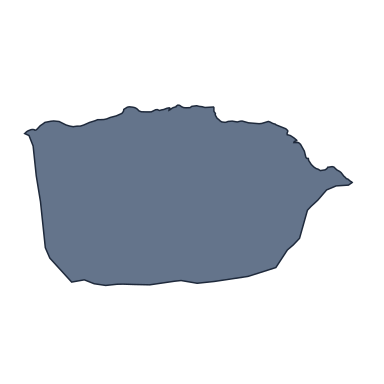 the district of South Tanna, Tafea, Vanuatu, rotated 264°
{"feature_id": "77236927B47218530990891", "entity_name": "South Tanna", "entity_type": "district", "adm_level": 2, "iso_a3": "VUT", "parent_name": "Vanuatu", "parent_adm1": "Tafea", "projection": "orthographic", "projection_center": [169.459, -19.612], "detail": "fine", "context": "isolated", "style": "filled", "palette": "slate", "viewbox_px": 384, "rotation_deg": 264, "n_neighbors": 0, "source": "geoboundaries", "source_scale": "gbopen_adm2", "svg_char_len": 2566}
<svg xmlns="http://www.w3.org/2000/svg" viewBox="0 0 384 384"><g transform="rotate(264 192 192)"><path d="M184.7,352.3L185.4,351.8L186.0,350.8L188.6,348.3L189.1,346.9L190.4,346.1L191.7,344.8L195.7,342.3L197.1,340.9L197.9,339.7L198.9,338.3L202.0,335.7L202.6,334.0L202.4,330.1L202.5,329.8L202.3,329.7L200.9,328.2L200.1,326.6L199.9,322.1L199.9,321.8L201.4,320.0L202.4,317.8L204.2,315.7L206.9,313.5L211.2,311.3L213.2,311.2L213.4,310.5L213.3,310.0L213.5,309.6L214.5,308.9L220.9,308.0L228.1,304.9L230.0,303.1L230.5,298.5L231.5,299.0L231.9,300.3L232.0,301.6L232.6,301.5L235.1,299.1L237.8,295.8L238.8,293.4L238.8,293.2L239.0,292.7L240.5,292.7L241.9,293.4L242.6,293.7L243.3,293.4L243.5,293.3L243.7,293.1L245.1,291.9L250.0,282.6L250.8,281.9L251.1,281.0L251.8,279.4L253.0,277.6L253.2,277.4L253.3,277.2L254.2,275.3L252.9,268.5L252.9,265.9L254.9,255.4L257.3,249.4L257.4,247.5L256.9,244.4L258.3,239.4L258.4,235.3L257.8,233.0L257.9,231.8L258.0,231.3L258.6,228.9L259.7,227.5L261.7,225.8L262.4,224.9L262.5,224.8L265.3,223.5L266.5,223.2L267.7,223.5L269.7,222.3L270.7,222.3L273.7,222.6L274.3,222.2L274.4,219.9L274.7,213.7L275.8,210.9L276.4,208.1L277.3,205.7L277.2,200.7L276.1,198.9L276.4,194.7L276.8,192.5L278.0,190.4L278.6,189.8L279.5,188.7L279.9,187.1L279.8,186.7L279.0,185.3L278.5,185.2L278.0,182.7L277.9,182.1L277.3,180.7L276.0,178.6L275.7,177.7L276.5,178.0L277.7,178.7L278.1,178.2L277.9,175.8L277.0,172.5L276.8,169.9L276.5,168.7L276.5,168.0L277.5,166.3L277.6,166.1L277.6,165.9L277.6,164.4L276.0,160.0L276.0,159.5L276.1,158.1L276.4,155.2L276.9,151.4L277.0,150.5L277.2,149.8L278.1,147.9L280.5,145.9L281.2,145.0L281.5,144.6L282.2,143.1L282.7,141.3L283.3,138.5L283.1,136.5L281.3,132.8L279.5,132.3L279.3,132.2L279.1,132.0L277.5,130.5L275.6,124.6L274.7,118.6L274.3,117.2L273.6,114.8L273.3,111.9L273.5,108.4L273.8,105.7L273.0,103.0L271.9,97.5L271.9,97.3L271.8,97.1L269.9,91.2L269.2,87.8L269.5,84.4L269.4,81.3L269.3,80.9L270.3,77.4L271.8,73.8L276.0,67.2L277.1,61.9L277.1,58.8L276.6,53.0L275.5,51.2L273.8,48.0L270.7,44.5L269.9,43.1L269.9,42.3L269.9,42.1L270.1,41.9L270.4,41.7L270.6,41.2L270.7,40.8L270.9,39.6L270.8,38.3L270.0,35.4L269.3,33.9L267.6,31.7L265.2,35.8L254.4,38.8L249.0,38.8L224.3,38.8L198.2,40.3L179.5,40.3L151.9,40.3L141.1,43.7L115.0,62.9L115.9,75.7L111.0,85.1L108.1,96.4L108.1,107.8L107.6,113.7L106.1,124.6L104.1,140.3L105.1,165.5L105.1,171.9L100.7,187.6L100.7,204.9L102.2,238.9L108.1,267.5L124.4,280.8L128.8,287.2L134.7,294.1L161.8,304.9L165.2,308.8L170.7,316.2L180.0,326.1L183.0,336.0L182.5,348.3L184.7,352.3Z" fill="#64748b" stroke="#1e293b" stroke-width="1.5"/></g></svg>